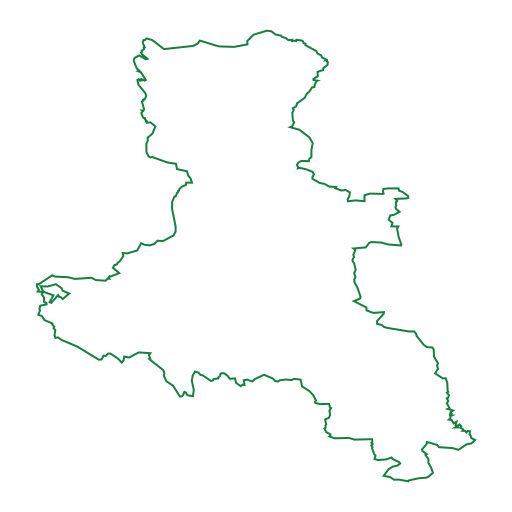 Ås nor, Akershus, Norway (Natural Earth projection)
{"feature_id": "86288312B89206777827564", "entity_name": "Ås nor", "entity_type": "district", "adm_level": 2, "iso_a3": "NOR", "parent_name": "Norway", "parent_adm1": "Akershus", "projection": "natural_earth1", "projection_center": [10.806, 59.679], "detail": "fine", "context": "isolated", "style": "outline", "palette": "green", "viewbox_px": 512, "rotation_deg": 0, "n_neighbors": 0, "source": "geoboundaries", "source_scale": "gbopen_adm2", "svg_char_len": 5979}
<svg xmlns="http://www.w3.org/2000/svg" viewBox="0 0 512 512"><path d="M408.3,481.3L408.5,480.5L419.0,478.2L426.2,477.7L428.5,476.7L432.9,472.8L431.1,467.6L428.3,462.7L428.5,459.2L425.5,455.0L426.7,454.2L422.3,450.9L422.1,449.3L426.4,444.4L427.0,442.0L437.1,444.9L439.0,447.2L452.7,448.1L458.6,449.8L466.5,444.3L471.2,443.5L475.1,440.0L471.2,438.0L470.5,435.2L469.6,434.6L469.8,431.2L467.6,431.0L466.3,432.5L465.3,430.9L462.5,430.8L463.2,430.0L462.7,428.9L460.7,427.9L461.3,426.1L459.4,424.4L457.8,425.5L458.5,427.4L455.1,427.5L457.3,426.1L455.5,425.3L456.5,421.7L453.6,423.4L451.6,419.9L448.9,419.6L450.3,418.4L450.4,416.2L452.1,415.4L450.0,415.2L449.9,414.3L451.4,413.5L450.5,412.3L453.0,410.5L447.7,408.9L449.5,408.1L446.8,403.2L448.3,401.1L446.8,398.3L448.1,397.7L449.0,395.2L446.9,392.7L448.2,391.8L447.6,390.8L447.3,382.9L445.7,378.3L442.6,378.3L435.1,373.4L438.0,368.8L437.0,365.5L438.0,363.2L434.0,356.7L433.7,349.5L432.4,347.5L426.8,347.1L423.6,344.7L416.5,335.7L416.2,334.0L414.1,331.4L409.2,331.5L386.8,327.8L383.7,326.8L381.8,325.0L377.1,323.8L377.1,321.0L383.8,313.6L383.9,312.1L373.7,312.9L370.8,312.1L366.5,310.3L366.4,307.5L353.9,301.1L360.1,298.5L360.6,296.8L357.3,287.3L354.5,282.4L354.2,279.4L355.5,277.1L354.2,273.1L355.7,269.8L354.1,263.2L352.5,260.9L352.7,259.1L354.1,257.0L353.3,254.9L355.3,250.0L353.5,248.5L365.8,247.4L369.1,243.0L371.1,242.1L381.0,242.5L388.5,244.5L401.1,245.5L401.4,244.7L398.6,236.8L397.1,228.7L398.3,226.5L391.4,226.4L392.5,222.9L388.7,219.7L390.2,215.5L394.1,214.8L399.6,211.8L395.9,208.8L395.4,207.1L396.3,205.6L395.8,202.6L397.2,200.8L395.4,198.9L406.7,198.4L408.3,197.9L408.1,196.1L402.5,191.9L399.2,190.8L398.5,188.4L388.4,188.4L383.4,189.0L383.0,191.6L383.6,193.7L382.9,193.9L370.2,193.6L364.5,195.2L364.5,201.2L355.4,200.4L347.9,201.3L347.7,199.2L349.2,196.6L349.9,192.4L345.8,190.0L341.4,190.5L335.4,188.3L336.2,187.1L329.0,186.5L324.5,183.9L319.9,183.0L312.4,178.8L312.5,176.8L314.0,174.4L312.4,171.7L306.2,169.3L299.9,167.9L297.8,168.4L298.1,167.3L296.9,164.7L298.8,162.2L301.6,160.9L308.8,161.2L309.5,158.6L311.4,157.1L311.4,150.0L312.7,143.1L309.5,137.5L299.5,129.8L290.2,127.2L292.3,126.2L294.2,122.4L292.9,120.6L292.3,112.7L293.7,110.1L292.8,108.3L296.3,106.2L297.0,103.3L304.8,97.8L306.6,93.9L309.2,91.8L312.0,87.4L314.4,87.1L314.7,84.8L316.5,81.1L317.4,80.7L313.6,80.1L313.4,79.0L317.8,76.1L317.5,71.9L323.0,70.0L323.4,68.1L327.5,65.0L327.8,62.0L327.0,61.5L327.0,60.2L325.3,60.4L325.9,59.7L325.5,59.0L322.2,57.7L321.0,55.3L317.4,53.5L316.4,51.1L305.5,45.2L305.5,43.6L303.6,43.2L302.9,41.3L301.6,40.5L296.4,39.8L295.7,40.5L296.9,41.3L293.4,40.6L292.3,41.3L291.6,40.8L291.9,39.8L288.3,40.1L285.8,38.1L282.1,37.0L281.0,35.6L275.5,34.5L271.4,31.3L266.9,30.7L253.5,34.7L247.3,41.0L247.5,44.4L234.0,46.9L218.8,46.4L199.8,40.6L197.7,43.6L193.3,45.9L164.0,49.1L152.1,40.0L146.5,38.4L144.7,40.2L143.4,40.1L142.7,42.6L144.7,47.4L143.7,47.5L144.0,49.2L141.8,50.5L141.8,51.9L141.0,52.4L141.8,54.1L147.5,58.8L145.9,59.3L139.3,55.5L135.1,57.6L134.2,58.7L133.8,61.0L136.8,68.5L139.3,70.7L138.1,71.2L141.0,72.3L145.7,80.0L144.5,80.7L141.5,79.1L141.4,80.2L140.6,79.7L140.0,80.6L138.6,79.2L137.4,80.0L138.3,84.5L145.4,93.2L146.2,95.8L145.1,98.7L143.1,99.7L143.5,100.5L141.9,101.5L144.1,109.3L143.4,110.7L141.8,110.5L142.6,111.6L141.3,113.0L142.2,115.6L143.3,117.8L145.1,118.2L144.9,119.4L146.4,120.7L146.1,121.4L146.9,121.4L147.0,122.7L150.6,122.4L155.4,126.5L152.5,133.6L147.7,137.6L147.7,140.9L146.4,143.5L146.4,151.8L148.6,156.5L150.3,157.4L152.1,157.0L167.5,162.5L176.0,163.8L177.0,169.1L187.1,171.3L188.0,175.4L190.5,178.2L192.0,182.7L186.1,182.7L185.9,185.0L181.9,186.6L179.2,189.2L179.2,190.4L178.0,191.2L177.9,192.5L177.2,192.7L175.6,196.4L174.5,196.5L172.2,201.7L172.0,208.5L175.6,226.3L175.6,231.5L173.6,235.4L163.0,241.1L157.6,240.7L154.3,244.0L149.5,245.4L144.2,244.7L141.2,243.2L137.2,250.5L127.0,253.4L122.7,253.0L123.3,256.1L119.6,261.5L117.6,262.8L117.0,264.4L114.5,265.0L112.9,267.8L119.2,273.1L110.5,276.6L109.5,276.2L108.5,277.7L109.3,278.7L107.5,278.6L105.7,280.7L95.9,280.1L91.5,277.8L74.8,278.9L68.0,277.2L55.0,276.6L52.2,275.3L38.5,284.4L36.9,284.2L37.0,286.9L38.9,289.7L37.7,291.6L43.3,291.8L41.7,294.2L44.1,297.8L44.0,301.8L46.5,303.1L46.6,304.4L40.3,305.7L39.4,309.0L40.1,310.3L38.3,314.7L41.8,316.1L44.6,320.2L52.4,323.4L52.4,324.8L54.3,326.6L53.6,328.1L55.3,330.1L54.5,335.1L55.5,337.9L57.9,337.4L62.0,340.1L77.5,346.7L98.9,359.7L101.6,359.5L103.6,355.6L105.7,356.0L108.2,353.5L110.5,353.6L118.1,358.6L121.8,362.7L123.7,360.0L124.2,356.6L129.1,357.5L138.8,352.4L150.3,353.2L148.9,355.4L150.2,358.5L149.2,359.0L163.3,370.2L164.3,372.7L163.9,375.9L166.4,381.3L173.0,385.6L179.8,396.4L181.6,396.4L183.0,395.3L184.4,391.8L186.2,392.8L186.7,394.6L188.0,395.4L192.9,396.2L193.8,390.0L191.8,380.6L192.7,375.6L194.9,371.6L198.4,372.5L200.4,374.9L202.8,375.4L211.0,381.0L213.2,380.3L213.6,379.1L218.3,378.4L218.4,377.3L220.1,376.0L220.5,373.8L221.7,373.1L224.4,373.4L227.4,375.6L229.8,378.8L235.0,378.4L236.1,382.9L240.8,386.2L242.5,384.7L244.5,385.0L243.8,380.3L247.4,379.7L252.3,381.5L254.4,379.3L264.0,374.8L273.1,378.6L275.1,381.0L278.0,381.5L279.9,380.2L286.1,379.5L291.2,380.1L294.4,378.9L300.6,379.6L302.1,386.4L309.7,391.3L313.2,395.2L315.9,400.5L315.0,401.8L315.5,403.0L320.2,404.1L329.1,403.9L330.1,407.9L331.0,408.2L329.4,410.6L330.1,415.0L328.9,417.8L325.1,419.5L326.2,424.4L325.5,425.3L325.5,427.8L324.4,428.6L326.3,432.2L330.4,434.3L330.5,435.3L329.4,436.4L334.4,438.3L348.9,437.9L354.4,439.6L372.1,439.2L372.3,441.9L371.4,442.9L372.7,444.0L371.3,445.5L372.5,447.1L372.0,448.1L374.2,454.0L375.5,455.8L374.5,459.0L377.8,460.0L385.7,459.5L391.6,457.5L392.4,458.9L399.3,462.2L400.2,463.5L397.1,465.7L392.8,466.6L388.5,469.3L383.7,475.8L390.3,477.2L394.0,479.7L398.9,479.6L408.3,481.3ZM43.3,291.8L40.7,286.3L47.7,286.5L55.8,284.2L61.5,288.1L62.6,290.7L69.2,293.5L62.7,299.1L60.8,297.2L58.6,296.6L58.0,295.1L51.3,302.9L49.6,302.2L53.4,295.3L43.3,291.8Z" fill="none" stroke="#15803d" stroke-width="2"/></svg>